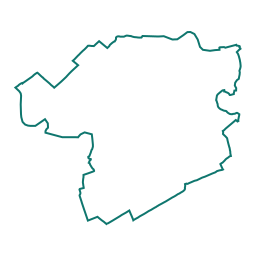 the district of Ogrezeni, Giurgiu, Romania
{"feature_id": "2599482B64620511258400", "entity_name": "Ogrezeni", "entity_type": "district", "adm_level": 2, "iso_a3": "ROU", "parent_name": "Romania", "parent_adm1": "Giurgiu", "projection": "natural_earth1", "projection_center": [25.753, 44.398], "detail": "fine", "context": "isolated", "style": "outline", "palette": "teal", "viewbox_px": 256, "rotation_deg": 0, "n_neighbors": 0, "source": "geoboundaries", "source_scale": "gbopen_adm2", "svg_char_len": 5618}
<svg xmlns="http://www.w3.org/2000/svg" viewBox="0 0 256 256"><path d="M18.3,85.5L17.9,85.9L17.3,86.3L16.6,86.7L15.4,87.6L19.3,91.3L20.7,93.4L21.1,95.7L20.7,104.4L21.0,114.2L21.3,117.2L22.5,121.7L23.0,122.4L23.6,123.0L25.2,124.6L28.0,125.6L30.6,125.9L35.3,125.9L45.0,119.2L47.8,123.3L48.0,127.3L47.9,127.8L46.4,129.3L45.5,131.1L45.5,132.7L62.3,137.2L75.5,137.2L78.1,137.3L78.5,136.7L80.5,134.4L84.6,132.4L91.8,134.3L92.3,138.4L92.9,144.7L92.9,146.7L92.1,149.4L91.7,149.7L91.4,150.4L91.0,151.8L90.5,153.3L90.1,154.2L89.5,155.9L89.3,156.0L89.2,156.2L89.0,156.4L88.7,156.6L88.3,156.8L88.3,157.5L88.5,158.1L88.7,158.3L88.9,158.5L89.4,158.6L89.6,158.7L89.9,159.0L90.0,159.0L90.3,159.0L90.5,159.0L90.8,159.1L90.8,159.3L90.8,159.5L90.7,159.8L89.9,160.6L89.7,160.8L89.4,161.2L89.3,161.4L89.2,161.6L89.2,162.3L89.2,162.5L89.3,162.6L89.3,162.8L89.0,163.0L89.7,163.5L89.9,163.9L90.2,164.8L90.8,165.8L91.2,166.4L91.5,167.0L92.4,168.3L92.7,168.6L93.3,169.1L93.6,169.4L94.0,170.3L94.1,170.8L94.1,171.0L93.9,171.2L92.4,171.8L90.7,172.4L90.3,172.6L89.5,172.8L88.5,173.2L83.5,174.9L83.5,175.5L83.5,176.4L83.5,177.2L83.3,178.2L83.1,179.6L82.9,181.9L82.9,182.8L83.0,183.2L83.1,183.9L83.2,184.5L83.4,186.0L83.7,187.4L83.7,187.7L83.7,187.9L83.7,188.0L82.0,188.4L80.8,188.7L80.3,188.8L79.9,188.9L79.8,189.0L79.6,189.2L79.5,189.4L79.5,189.5L79.5,189.8L79.8,190.5L80.3,192.3L80.4,192.8L80.4,193.0L80.4,193.4L80.3,193.8L80.2,194.1L80.0,194.4L79.9,194.6L79.6,195.2L79.6,195.4L79.6,195.7L80.9,199.7L81.3,200.9L82.0,203.2L82.4,204.4L82.8,205.6L84.0,209.2L84.8,211.5L86.7,217.1L87.9,220.6L97.5,216.8L98.5,217.7L102.0,220.5L102.6,220.9L104.0,221.9L104.7,222.5L105.1,222.9L105.6,223.2L106.2,223.8L106.4,224.0L106.7,223.7L106.9,223.6L108.0,223.3L112.6,220.6L116.9,218.0L120.2,216.0L121.2,215.3L122.0,214.8L125.8,212.7L129.3,210.5L130.0,212.2L130.9,214.4L131.3,215.2L133.0,219.3L133.3,220.3L134.1,219.7L135.7,218.8L137.9,217.6L139.8,216.3L144.0,214.0L145.0,213.4L146.3,212.6L148.8,211.0L151.4,209.7L152.3,209.1L155.0,207.5L155.7,207.2L157.0,206.3L157.6,206.0L158.8,205.2L161.8,203.6L164.5,202.1L165.5,201.6L169.3,199.3L172.6,197.3L173.3,197.0L174.0,196.6L175.6,195.7L176.3,195.2L178.0,194.1L179.6,193.4L180.4,192.8L182.5,191.6L183.4,191.0L184.6,189.8L185.0,188.8L184.9,188.5L184.9,188.1L184.9,187.6L185.2,186.1L185.2,185.7L185.2,185.2L185.0,184.1L186.4,183.6L187.0,183.9L187.8,183.8L188.2,183.5L194.5,180.8L196.9,180.2L200.6,178.4L202.2,177.6L204.9,176.7L212.3,173.5L215.4,172.3L217.0,171.1L219.4,170.4L219.9,170.3L222.1,169.9L223.0,169.5L222.5,168.8L220.4,164.1L220.6,164.0L221.4,163.2L222.5,162.7L223.7,161.5L224.9,160.3L225.0,160.1L225.7,159.3L226.8,158.4L227.8,157.8L229.3,156.6L229.9,156.2L230.9,156.0L230.4,153.7L230.3,152.9L230.3,151.9L230.1,150.7L229.9,150.2L229.9,149.6L229.7,148.7L229.6,147.9L229.4,147.5L228.3,143.5L227.6,140.6L227.1,138.2L226.6,137.6L225.3,136.2L224.4,135.4L223.0,134.0L223.1,132.7L223.2,132.0L222.8,131.0L224.4,129.9L225.4,128.8L226.1,128.2L231.1,124.0L234.3,121.3L235.4,120.3L235.8,120.0L237.5,121.5L238.4,121.0L238.2,120.1L238.9,116.5L239.2,115.4L239.3,114.3L239.1,114.2L238.9,114.0L238.7,113.8L238.2,113.5L237.2,112.9L236.9,112.9L236.7,112.9L236.3,113.0L235.4,113.5L234.9,113.7L233.6,113.9L233.0,113.9L232.3,114.2L231.7,114.2L231.3,114.2L230.6,114.1L230.0,114.0L229.7,113.9L229.0,113.5L227.9,112.8L227.3,112.3L226.7,111.6L226.4,111.2L226.1,111.1L225.7,110.9L224.6,110.8L223.9,110.6L223.5,110.5L222.3,109.9L221.0,109.4L220.5,109.1L220.0,108.8L219.5,108.4L218.5,107.4L218.2,106.9L217.9,106.2L217.8,105.8L217.7,105.2L217.6,104.0L217.5,103.7L217.3,103.3L216.8,101.6L216.5,100.9L216.4,100.3L216.2,100.2L216.2,99.8L216.2,99.7L216.3,99.3L216.9,95.9L216.9,95.7L217.3,95.1L217.4,94.8L217.5,94.6L220.0,92.4L222.5,90.4L224.2,90.1L224.2,91.5L225.2,91.6L226.1,92.2L227.5,92.7L228.4,93.2L229.1,93.9L229.6,94.8L229.8,95.0L230.2,95.0L231.6,94.7L232.8,94.3L233.8,94.1L233.9,92.7L234.2,91.7L234.4,90.6L236.1,90.5L236.2,88.1L235.8,87.4L234.8,85.5L235.2,82.7L236.9,80.2L238.8,78.8L239.1,77.0L239.6,74.7L239.8,72.2L239.4,70.9L240.2,68.5L240.6,66.8L240.6,65.6L240.3,62.6L240.1,61.7L239.8,59.8L238.8,56.1L238.0,53.9L236.8,52.1L238.9,50.0L239.2,49.7L240.5,48.8L240.5,48.5L239.4,47.3L239.4,46.7L239.7,46.3L239.5,46.1L239.1,46.0L238.3,45.8L236.6,45.6L236.3,44.8L225.3,47.7L224.1,47.1L219.9,47.3L219.4,47.6L219.5,49.8L215.1,50.1L210.0,50.8L202.9,49.8L200.0,46.9L197.7,39.5L194.4,34.0L190.4,32.0L187.4,32.1L183.3,35.2L177.3,39.3L172.4,39.5L163.8,36.2L158.3,36.5L142.5,36.0L141.5,37.5L141.0,37.5L139.9,37.6L137.9,37.5L136.7,37.3L134.3,37.1L132.3,36.6L130.8,36.0L130.4,36.1L129.9,36.0L128.7,35.8L127.1,35.6L126.6,35.6L126.3,35.7L125.9,35.8L125.2,36.1L124.5,36.4L124.1,36.6L123.7,36.7L122.5,36.7L120.6,36.7L120.0,36.6L119.3,36.4L118.7,36.3L118.3,36.4L117.7,36.4L117.1,36.6L116.6,36.9L116.1,37.4L116.0,37.7L116.0,38.3L116.0,38.9L115.9,39.3L115.7,39.9L115.4,40.4L115.0,40.8L114.8,41.4L114.1,41.7L113.8,41.7L113.6,41.8L112.5,42.7L111.5,43.4L111.4,43.6L110.8,44.1L109.9,44.9L109.2,46.2L107.3,48.0L104.4,45.6L99.1,41.2L97.9,42.3L95.6,44.4L94.4,45.6L93.8,46.1L93.4,46.0L92.3,46.0L91.9,46.0L91.5,46.0L91.0,45.9L89.3,45.7L88.8,45.8L88.3,45.7L87.9,45.8L86.7,47.2L85.8,48.1L84.2,49.7L83.2,50.5L80.5,53.1L79.1,54.6L78.1,55.5L74.3,59.5L72.8,60.8L76.2,63.6L77.6,64.8L78.1,65.2L73.0,69.9L71.4,71.4L69.2,73.6L66.9,76.1L66.3,76.8L64.0,79.0L61.0,81.8L54.2,87.7L53.1,86.6L51.1,85.0L49.6,83.5L46.1,80.5L43.4,78.3L43.3,77.9L42.7,77.4L42.3,77.2L40.2,75.3L39.3,74.4L37.4,72.7L36.8,72.9L34.6,74.4L33.8,75.1L33.3,75.5L32.9,76.0L31.9,76.8L27.3,80.0L25.9,81.0L23.1,82.9L22.5,83.5L22.1,83.0L20.6,83.7L19.0,84.8L18.3,85.5Z" fill="none" stroke="#0f766e" stroke-width="2"/></svg>